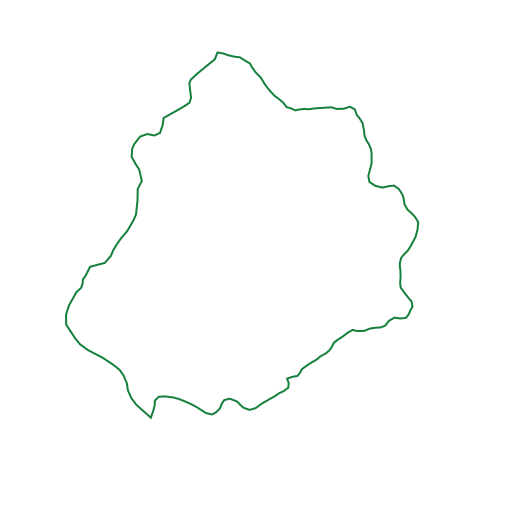 outline of Ipiaçu, Minas Gerais, Brazil, rotated 287°
{"feature_id": "56859067B82454060377741", "entity_name": "Ipiaçu", "entity_type": "district", "adm_level": 2, "iso_a3": "BRA", "parent_name": "Brazil", "parent_adm1": "Minas Gerais", "projection": "natural_earth1", "projection_center": [-49.93, -18.707], "detail": "fine", "context": "isolated", "style": "outline", "palette": "green", "viewbox_px": 512, "rotation_deg": 287, "n_neighbors": 0, "source": "geoboundaries", "source_scale": "gbopen_adm2", "svg_char_len": 2392}
<svg xmlns="http://www.w3.org/2000/svg" viewBox="0 0 512 512"><g transform="rotate(287 256 256)"><path d="M335.8,401.2L339.6,397.0L342.1,392.9L344.7,387.2L349.1,382.7L353.1,381.0L357.7,377.9L361.9,372.9L363.7,367.4L361.5,362.3L358.4,357.0L358.0,349.6L359.9,342.9L365.4,340.0L373.5,339.7L378.8,339.4L382.9,338.0L388.1,336.5L392.3,334.3L395.8,331.4L399.1,327.6L402.7,324.7L407.8,322.5L414.2,319.1L418.1,314.6L420.4,311.1L425.1,307.6L426.2,302.1L422.5,296.9L420.2,290.2L420.3,284.9L418.7,280.5L416.3,274.1L413.8,267.7L411.8,263.7L410.8,259.3L409.0,255.0L406.7,250.9L407.4,246.4L407.4,241.5L410.5,237.4L412.7,232.4L414.6,227.0L417.2,222.4L419.5,218.8L422.6,214.5L428.1,208.3L431.6,201.8L435.2,197.2L438.4,193.8L439.5,188.9L441.3,182.6L440.3,177.3L439.9,171.6L440.1,165.2L439.4,159.7L432.1,159.1L413.5,146.7L405.6,142.1L401.7,141.8L392.6,145.7L388.7,147.6L383.2,147.6L377.6,143.1L361.0,127.3L353.9,128.5L345.6,128.2L341.6,123.7L340.8,116.3L336.4,110.3L327.5,106.9L322.4,106.2L314.5,108.1L308.8,113.9L304.7,118.9L294.4,124.9L285.5,123.3L274.3,126.5L260.7,129.1L254.9,128.5L242.3,125.6L234.1,122.0L226.9,119.6L219.6,117.8L213.7,117.2L205.2,113.4L197.2,100.5L186.9,98.7L182.8,97.3L179.2,98.2L174.5,98.1L169.1,94.9L154.1,91.6L144.5,91.5L134.9,94.5L124.2,107.4L120.2,113.4L116.9,122.7L113.9,139.0L110.1,151.7L107.2,158.9L102.9,164.4L96.5,169.7L90.1,172.8L83.7,178.3L78.8,185.0L75.1,192.9L70.7,202.7L78.2,203.0L83.8,202.7L88.3,201.6L93.0,204.2L95.1,210.0L95.8,214.3L96.6,218.6L96.7,224.3L96.2,230.8L95.1,238.9L93.8,244.9L92.4,249.5L91.2,254.2L91.6,260.2L94.3,263.1L99.3,266.0L105.0,266.5L108.9,267.7L111.9,272.7L111.3,280.4L109.1,284.4L107.2,288.5L107.0,294.9L110.5,300.2L116.3,304.5L120.2,308.1L124.5,312.2L128.1,315.6L131.7,318.4L135.0,322.1L139.5,325.4L144.1,324.4L147.8,321.6L150.9,325.8L153.6,330.9L157.1,332.2L161.2,333.0L165.6,336.2L168.7,338.8L171.7,341.4L174.7,344.3L179.0,347.0L183.0,351.0L186.9,353.6L190.8,355.0L195.7,355.8L199.9,358.7L204.0,362.2L209.7,366.3L213.5,370.0L213.9,375.2L216.1,381.5L219.8,386.0L222.2,390.8L224.3,396.5L227.5,400.1L232.8,402.0L237.5,406.4L238.4,412.2L240.7,417.6L245.1,419.1L249.2,419.5L253.3,420.5L257.9,418.1L262.1,411.7L265.4,407.1L268.0,403.7L272.1,401.8L278.2,400.4L284.5,398.3L288.0,396.6L291.6,395.6L296.8,395.4L301.3,397.3L305.3,399.5L311.0,401.1L315.7,402.0L321.0,403.0L329.0,402.7L335.8,401.2Z" fill="none" stroke="#15803d" stroke-width="2"/></g></svg>